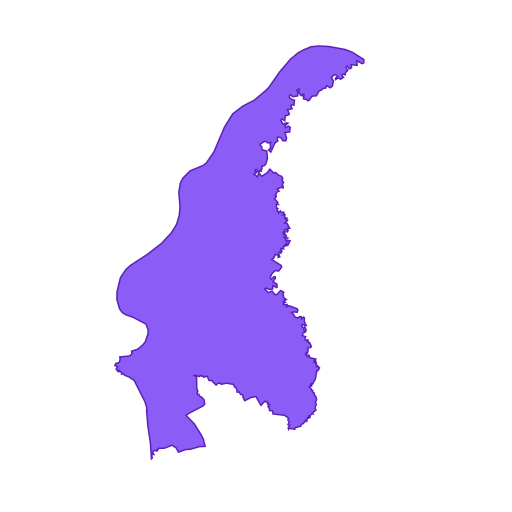 Mueang Nong Khai, Nong Khai, Thailand, rotated 339°
{"feature_id": "78962969B49336844859905", "entity_name": "Mueang Nong Khai", "entity_type": "district", "adm_level": 2, "iso_a3": "THA", "parent_name": "Thailand", "parent_adm1": "Nong Khai", "projection": "robinson", "projection_center": [102.827, 17.845], "detail": "fine", "context": "isolated", "style": "filled", "palette": "violet", "viewbox_px": 512, "rotation_deg": 339, "n_neighbors": 0, "source": "geoboundaries", "source_scale": "gbopen_adm2", "svg_char_len": 6129}
<svg xmlns="http://www.w3.org/2000/svg" viewBox="0 0 512 512"><g transform="rotate(339 256 256)"><path d="M427.1,111.2L418.8,100.2L413.2,95.1L399.0,86.5L389.8,82.4L382.3,80.4L374.5,80.6L368.2,81.4L358.7,84.6L343.7,92.8L328.6,103.1L323.6,105.3L310.2,109.9L297.2,111.4L285.1,115.0L272.6,124.5L254.2,143.6L242.9,151.4L239.4,152.5L225.0,152.9L215.5,157.2L211.5,160.8L206.8,168.8L202.6,183.1L199.0,190.4L193.2,198.0L185.5,203.9L172.5,210.3L154.5,215.7L135.7,219.7L129.5,222.1L121.7,227.6L113.4,239.6L110.5,246.9L109.7,256.6L111.0,261.1L113.5,264.3L119.3,269.2L128.8,280.0L128.9,285.8L127.5,289.6L122.2,296.1L118.4,298.5L112.1,300.6L105.8,300.3L105.0,303.0L102.1,304.0L92.7,301.4L91.9,304.3L90.1,306.4L86.6,306.1L85.0,307.7L87.1,309.7L84.9,311.4L85.8,314.5L86.6,314.9L87.2,313.5L88.8,317.3L88.2,318.1L90.1,318.5L90.6,320.2L94.3,323.6L97.7,328.7L100.1,352.4L99.6,358.7L98.3,361.3L98.8,361.9L98.0,362.5L94.0,376.6L90.2,393.5L85.7,407.8L86.8,407.4L87.0,404.9L88.7,404.0L89.5,404.6L89.2,401.9L90.5,401.3L91.7,401.1L93.5,402.5L94.1,401.3L94.8,401.9L96.2,400.7L101.6,402.6L109.9,402.6L112.7,406.7L113.3,411.3L121.1,411.5L125.6,412.9L134.8,413.7L140.3,415.5L141.2,407.9L140.7,403.2L138.2,390.4L133.6,379.9L136.8,378.8L152.9,377.0L155.1,375.9L156.0,371.7L154.7,368.4L153.3,367.1L153.0,364.6L151.8,364.2L151.8,362.8L153.2,361.4L153.3,358.1L157.2,347.6L155.5,345.4L156.3,345.4L159.9,348.2L161.9,347.7L162.4,349.0L163.8,349.2L163.8,350.4L167.4,350.8L167.5,355.3L170.7,356.7L170.4,357.6L172.5,362.2L174.9,361.2L177.2,361.9L177.5,363.3L182.8,364.1L189.2,368.0L189.0,370.6L190.0,371.1L190.2,373.5L189.6,376.4L191.5,376.9L192.0,379.7L193.9,380.8L193.2,383.8L193.7,387.1L200.4,386.3L205.5,387.1L207.1,397.2L212.2,394.7L212.7,395.6L214.1,395.7L213.9,396.9L214.7,397.7L213.9,398.2L214.9,399.3L214.0,399.0L214.3,400.6L213.2,401.0L213.8,401.9L213.3,405.2L215.9,406.4L215.3,409.6L225.5,414.9L228.3,418.9L227.0,420.4L227.6,422.8L225.4,425.0L226.8,426.2L224.4,428.0L224.4,429.4L225.1,428.7L230.1,431.6L230.8,430.4L236.8,430.9L238.3,429.3L240.2,429.4L242.5,427.7L243.2,428.4L244.0,426.9L244.7,427.8L245.0,426.4L246.4,425.6L247.0,426.4L248.1,426.1L248.1,425.1L247.3,424.9L247.8,424.2L248.9,425.4L249.3,424.3L252.0,423.4L252.6,423.9L252.5,422.8L256.8,421.3L256.4,419.1L259.1,416.2L259.2,413.5L261.1,411.9L261.5,408.4L260.6,407.0L261.3,405.0L260.3,403.5L260.7,401.8L259.7,401.5L260.0,400.2L258.8,397.1L261.3,397.2L260.6,394.9L261.5,396.3L262.0,395.0L262.9,395.9L267.5,391.9L271.7,384.8L272.7,385.3L275.2,383.3L274.6,381.6L273.0,381.1L273.9,380.1L273.2,379.2L273.4,377.1L272.1,375.9L273.4,375.4L274.0,376.4L274.1,374.7L273.2,374.2L274.8,373.6L270.0,370.4L269.8,367.6L267.9,368.3L267.1,365.6L268.7,365.8L268.3,364.1L269.9,364.4L271.8,360.4L274.4,361.0L275.3,360.2L275.0,356.1L274.1,356.0L274.3,354.5L273.1,354.3L274.3,352.8L272.0,352.4L272.1,350.3L273.4,349.3L270.8,346.8L272.4,344.7L274.3,344.8L274.1,342.9L275.4,344.1L276.4,342.9L276.1,339.5L274.6,340.7L273.7,338.1L274.5,336.5L278.0,338.9L277.6,334.6L279.1,331.0L278.3,330.0L276.1,331.0L276.5,329.0L275.2,328.2L272.7,328.8L270.4,326.7L270.2,323.8L269.0,321.6L270.9,321.5L274.2,323.3L275.7,321.6L275.7,320.2L269.0,314.2L266.3,314.3L267.6,312.5L264.3,311.4L264.9,309.8L266.6,309.8L265.3,308.4L268.1,307.7L267.0,307.2L268.1,306.3L266.9,305.2L267.8,300.5L268.8,300.2L268.2,298.6L266.4,297.1L262.0,299.4L259.8,298.8L258.4,294.4L254.2,294.6L252.4,290.0L253.9,289.5L256.1,291.8L259.6,292.8L261.3,289.7L263.7,292.7L264.6,292.6L265.4,289.7L262.6,286.1L266.2,283.6L266.5,282.4L265.5,281.7L261.9,283.1L261.4,281.2L265.1,277.8L269.2,276.5L271.6,278.2L276.1,275.5L276.0,273.7L269.4,264.9L272.2,264.1L274.6,261.4L276.8,263.2L276.2,265.3L277.9,265.3L278.1,261.1L279.3,260.8L280.1,262.0L280.9,259.3L281.1,261.4L281.7,261.3L281.8,257.9L284.3,259.4L284.8,257.3L285.8,257.3L285.9,256.4L287.9,257.2L287.6,255.7L289.1,255.5L289.1,257.2L290.0,257.1L293.3,254.0L291.1,252.6L289.8,253.6L289.3,252.5L289.5,251.0L292.0,250.6L289.0,248.6L291.6,248.2L290.8,245.1L289.6,246.1L289.5,244.0L291.0,243.2L291.9,243.9L291.7,241.9L293.0,241.7L294.7,242.7L293.6,244.0L294.1,244.7L295.2,243.6L295.4,241.4L297.4,242.2L296.7,236.7L294.6,235.5L298.3,234.1L298.1,232.6L297.2,232.9L296.8,232.1L298.1,231.4L296.3,230.5L297.8,227.9L295.8,227.2L297.4,226.4L297.7,225.3L294.9,223.8L294.8,222.6L292.7,223.9L292.8,222.4L292.0,221.7L292.4,219.6L293.3,219.6L292.6,218.5L293.0,215.8L293.7,215.0L295.0,215.7L294.5,214.7L295.6,214.0L293.8,208.8L296.1,208.1L295.7,206.3L296.5,206.5L296.6,205.4L298.9,203.6L300.8,203.7L299.9,201.0L304.5,201.0L305.7,202.2L306.4,200.4L305.8,199.2L308.2,196.9L307.2,194.8L308.7,193.5L308.5,190.9L306.3,188.9L304.0,184.9L302.2,184.8L300.1,179.9L296.2,182.3L290.4,183.6L289.4,182.8L289.2,181.0L287.6,180.4L285.5,182.5L283.4,178.8L286.2,178.3L285.7,175.8L286.5,175.1L287.9,175.7L287.4,177.5L288.3,178.1L288.3,179.5L290.4,177.6L291.7,179.2L291.3,177.1L292.8,176.7L294.0,173.9L295.5,174.8L298.1,173.7L301.7,169.0L303.7,161.9L299.8,159.0L300.5,155.9L299.5,153.6L299.9,153.0L305.7,152.0L307.8,154.9L310.5,155.1L309.0,157.6L308.6,160.3L305.7,161.5L307.0,164.3L314.4,157.1L317.5,156.5L318.0,153.5L319.0,152.7L321.7,154.5L322.3,157.9L325.2,159.2L326.8,156.9L327.3,151.0L331.8,152.3L334.1,148.1L332.6,146.2L329.6,146.9L329.6,144.8L333.4,143.4L331.9,142.5L328.7,142.8L327.7,138.3L329.3,137.4L331.3,140.0L333.7,135.5L336.5,136.0L338.1,135.3L337.8,130.8L342.5,131.4L342.3,128.0L343.9,127.6L345.5,128.8L347.8,124.3L346.1,123.4L343.9,119.8L345.1,117.9L346.2,118.2L347.5,120.5L352.3,121.5L353.9,117.7L353.5,115.8L356.0,115.4L356.2,116.3L354.5,118.2L355.2,121.7L356.3,123.0L358.0,121.6L358.7,122.3L356.6,126.3L359.5,128.2L360.0,129.7L361.6,129.6L365.7,126.9L369.8,128.1L374.3,124.4L376.6,124.6L378.3,123.6L381.2,124.2L382.9,122.3L385.7,125.6L388.3,124.7L391.1,120.1L390.2,116.4L393.9,114.9L395.1,115.1L396.5,117.8L393.9,118.5L393.6,119.8L396.7,119.2L398.3,121.3L401.8,120.6L400.9,118.6L401.7,117.5L402.5,117.3L404.3,118.8L405.1,116.9L408.2,115.6L407.6,112.4L408.8,111.3L409.5,111.6L410.1,114.6L411.4,114.9L412.8,114.3L413.3,111.5L418.7,114.2L420.1,109.8L424.0,114.5L425.8,114.3L427.1,111.2Z" fill="#8b5cf6" stroke="#5b21b6" stroke-width="1.5"/></g></svg>